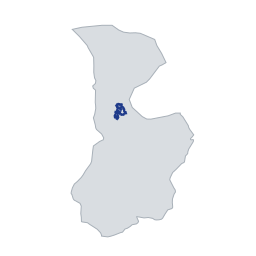 Olaines pag., Olaines, Latvia (highlighted), rotated 83°
{"feature_id": "27541924B81919348432461", "entity_name": "Olaines pag.", "entity_type": "district", "adm_level": 2, "iso_a3": "LVA", "parent_name": "Latvia", "parent_adm1": "Olaines", "projection": "mercator", "projection_center": [24.014, 56.772], "detail": "fine", "context": "in_parent", "style": "outline", "palette": "blue", "viewbox_px": 256, "rotation_deg": 83, "n_neighbors": 0, "source": "geoboundaries", "source_scale": "gbopen_adm2", "svg_char_len": 5048}
<svg xmlns="http://www.w3.org/2000/svg" viewBox="0 0 256 256"><g transform="rotate(83 128 128)"><path d="M186.3,192.4L184.8,192.2L180.7,190.5L177.1,188.1L175.0,184.9L171.4,180.4L169.0,178.2L165.2,175.3L159.0,169.5L156.7,168.2L145.6,165.6L141.6,164.5L137.9,157.8L136.7,154.0L134.8,153.3L132.8,154.1L130.7,154.9L125.7,159.4L124.0,160.0L120.9,160.1L113.7,161.1L110.4,159.4L104.6,157.6L101.5,157.4L98.7,157.4L86.5,155.6L84.3,157.6L82.0,157.9L79.8,154.9L77.1,154.1L74.1,155.1L68.6,155.2L62.1,154.3L53.8,153.5L52.6,153.9L43.4,157.8L41.2,158.4L31.2,165.1L23.3,171.3L22.4,161.4L22.9,141.3L24.1,131.3L29.5,125.4L32.3,120.8L33.9,114.7L34.4,109.0L35.5,104.3L43.4,90.7L49.7,89.3L58.2,85.5L67.7,82.3L69.5,86.4L70.4,89.4L81.9,100.5L84.8,104.2L89.2,116.9L99.8,123.3L108.1,121.3L111.7,118.2L118.4,112.5L121.4,108.3L122.0,104.2L120.8,86.7L119.0,79.0L119.6,74.3L120.8,74.5L123.6,72.2L132.9,67.9L134.8,67.7L136.9,66.9L142.8,63.6L144.6,65.3L146.2,67.3L147.1,67.3L147.5,66.6L147.4,65.3L147.8,64.4L149.5,64.9L156.3,70.3L158.9,71.5L160.7,71.9L162.8,74.4L168.6,76.1L169.3,77.3L169.8,79.0L175.2,85.7L177.6,89.1L182.5,92.2L184.5,92.9L193.0,89.8L195.3,88.7L197.3,88.7L199.2,90.3L203.8,92.5L207.9,93.2L208.6,93.1L212.1,93.3L213.3,94.2L214.1,98.5L218.0,101.8L221.7,104.6L222.6,105.9L222.9,108.4L222.7,111.3L222.2,112.8L220.7,114.5L219.3,118.8L219.2,123.0L217.0,130.1L217.5,130.2L221.9,128.9L223.2,129.7L224.2,131.3L224.5,135.7L225.9,137.7L227.4,140.8L227.9,143.3L230.7,146.1L230.9,148.0L232.6,154.6L233.3,158.4L233.6,161.3L232.7,165.0L232.0,167.5L231.1,167.3L228.6,168.0L224.6,171.0L218.7,178.1L217.1,179.7L215.6,185.0L215.2,185.6L211.8,185.3L210.8,185.2L207.3,185.3L199.8,183.9L196.9,184.8L193.0,190.2L191.6,191.0L187.1,191.8L186.3,192.4Z" fill="#d9dde1" stroke="#a8b0b8" stroke-width="1"/><path d="M110.6,138.2L111.1,138.2L111.2,138.4L111.2,138.5L111.5,138.4L111.5,138.2L111.4,138.2L111.5,138.1L111.6,138.4L111.9,138.3L111.7,138.3L111.6,138.2L111.8,138.2L112.0,138.0L112.1,138.3L112.2,138.5L112.3,138.5L112.2,138.3L112.2,138.2L112.3,138.2L112.4,138.4L112.5,138.5L112.8,138.7L113.0,138.4L113.3,138.3L113.2,138.4L113.3,138.5L113.4,138.8L113.5,139.1L113.4,139.2L113.4,139.3L113.5,139.4L113.7,139.5L113.8,139.5L114.0,139.4L114.2,139.5L114.3,139.6L114.6,139.4L114.5,139.2L114.6,139.3L114.6,139.5L114.8,139.7L114.6,139.7L114.6,139.8L114.9,139.8L114.9,139.4L115.3,139.4L115.6,139.3L115.5,139.1L115.3,139.0L115.0,138.8L115.0,138.7L115.2,138.8L115.3,138.8L115.4,138.7L115.5,138.5L115.5,138.0L115.7,138.3L115.6,138.6L115.9,138.6L116.0,138.4L116.7,138.3L116.9,138.4L117.1,138.3L117.1,138.2L117.4,138.2L117.5,138.0L117.7,137.8L117.4,137.6L117.5,137.4L117.4,137.3L117.4,137.2L117.1,137.1L116.9,137.0L117.0,137.0L117.0,136.9L116.9,136.9L116.7,136.8L116.6,136.7L116.5,136.9L116.3,136.9L115.9,137.0L115.3,136.8L115.4,136.4L112.0,136.7L111.9,136.6L111.8,136.2L112.0,136.2L112.0,135.5L111.6,135.5L111.5,135.9L111.6,136.0L111.8,136.0L111.8,135.9L111.9,136.1L111.7,136.1L111.4,136.0L111.3,135.7L111.1,135.6L110.9,135.6L110.7,135.6L110.5,135.4L110.8,135.3L110.9,135.2L111.1,135.1L111.1,134.9L111.1,134.7L110.3,134.9L110.4,134.7L111.5,134.4L111.4,134.1L111.6,134.1L111.8,134.0L112.0,134.0L112.3,134.1L112.5,134.3L112.6,134.2L112.6,134.3L112.8,134.3L112.8,134.2L113.0,134.2L113.1,133.7L113.0,133.4L114.1,131.9L114.2,132.0L114.2,131.7L114.3,131.4L114.0,131.2L114.2,130.7L113.3,130.2L113.2,130.1L112.9,129.5L113.1,129.3L113.0,129.2L113.1,128.9L113.1,128.6L113.2,128.4L113.2,128.2L112.1,128.5L112.2,128.3L111.9,128.3L111.8,128.5L111.5,129.3L111.4,129.5L111.2,129.6L110.9,129.6L110.7,129.6L110.6,129.9L110.4,129.9L109.4,129.4L109.2,129.5L109.0,129.8L108.9,129.9L108.5,129.6L107.6,130.2L107.2,130.0L106.9,130.2L105.2,132.2L104.1,131.3L103.6,131.4L103.6,131.6L103.7,132.0L103.9,131.9L103.9,132.0L103.6,132.2L103.0,134.1L103.3,134.1L103.2,134.2L103.2,134.3L103.0,134.6L103.0,134.8L102.9,135.0L103.0,135.2L102.9,135.5L102.7,135.5L102.9,135.6L103.0,135.7L103.0,135.8L103.3,135.9L103.4,136.0L103.5,136.0L103.9,136.1L103.9,136.4L104.0,136.4L104.2,136.5L104.3,136.7L104.5,136.5L104.4,136.4L104.5,136.4L104.6,136.5L104.7,136.4L104.7,136.2L104.8,136.2L104.7,136.1L104.8,136.0L105.0,135.8L105.0,135.7L105.1,135.9L104.8,136.2L105.1,136.0L105.2,136.4L105.2,136.5L105.2,136.4L105.3,136.5L105.4,136.4L105.5,136.4L105.5,136.2L105.5,135.9L105.4,135.9L105.5,135.8L105.8,135.7L106.0,135.6L106.2,135.4L106.3,135.4L106.3,135.5L106.2,135.6L106.3,135.7L106.5,135.7L106.8,135.6L107.0,135.5L107.3,135.6L107.5,135.6L107.5,135.4L107.7,135.2L107.8,135.2L108.0,135.2L107.9,135.2L107.9,135.4L107.9,135.6L107.9,135.8L108.0,135.9L108.1,136.1L108.0,136.3L108.2,136.5L110.1,136.2L110.0,136.5L110.1,136.8L110.3,137.0L110.6,137.3L110.3,137.7L110.5,137.9L110.4,137.9L110.5,138.0L110.6,138.2ZM107.9,132.3L107.9,132.5L108.1,132.5L108.3,132.8L108.5,132.5L108.7,132.8L109.0,132.9L108.4,133.3L108.3,133.5L107.9,133.9L107.9,133.7L107.5,133.9L107.4,133.8L107.1,133.6L107.4,133.4L107.5,133.2L107.2,132.8L107.2,132.7L107.4,132.5L107.5,132.5L107.7,132.3L107.7,132.2L107.7,132.3L107.9,132.3Z" fill="none" stroke="#1e3a8a" stroke-width="2"/></g></svg>